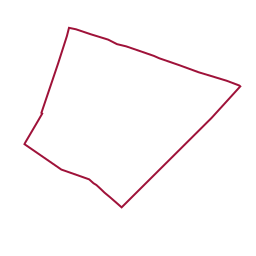 the district of Tichitt, Tagant, Mauritania, rotated 19°
{"feature_id": "47542326B42701553126465", "entity_name": "Tichitt", "entity_type": "district", "adm_level": 2, "iso_a3": "MRT", "parent_name": "Mauritania", "parent_adm1": "Tagant", "projection": "orthographic", "projection_center": [-9.94, 18.515], "detail": "fine", "context": "isolated", "style": "outline", "palette": "rose", "viewbox_px": 256, "rotation_deg": 19, "n_neighbors": 0, "source": "geoboundaries", "source_scale": "gbopen_adm2", "svg_char_len": 540}
<svg xmlns="http://www.w3.org/2000/svg" viewBox="0 0 256 256"><g transform="rotate(19 128 128)"><path d="M35.4,177.0L78.5,189.0L108.0,189.2L113.2,191.4L113.5,191.5L116.7,192.2L122.4,194.7L126.7,196.7L128.5,197.4L132.8,199.0L147.8,205.1L203.8,91.1L220.6,52.1L219.5,51.6L205.8,51.2L176.6,52.3L155.3,51.9L134.9,51.9L129.0,51.4L99.7,51.4L90.2,52.3L80.4,50.9L62.1,51.5L46.7,51.6L39.6,52.5L40.3,61.0L40.9,89.5L41.0,105.8L41.2,141.9L42.2,142.3L40.4,151.5L35.8,174.2L35.4,176.4L35.4,177.0Z" fill="none" stroke="#9f1239" stroke-width="2"/></g></svg>